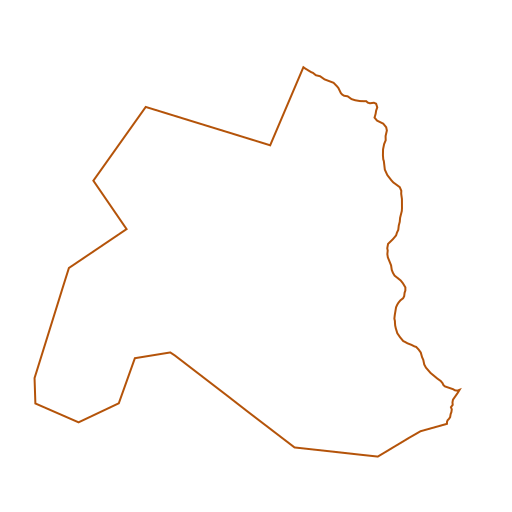 outline of Floriano, Piauí, Brazil, rotated 94°
{"feature_id": "56859067B20449899107931", "entity_name": "Floriano", "entity_type": "district", "adm_level": 2, "iso_a3": "BRA", "parent_name": "Brazil", "parent_adm1": "Piauí", "projection": "orthographic", "projection_center": [-43.121, -7.002], "detail": "fine", "context": "isolated", "style": "outline", "palette": "amber", "viewbox_px": 512, "rotation_deg": 94, "n_neighbors": 0, "source": "geoboundaries", "source_scale": "gbopen_adm2", "svg_char_len": 1917}
<svg xmlns="http://www.w3.org/2000/svg" viewBox="0 0 512 512"><g transform="rotate(94 256 256)"><path d="M93.9,156.8L94.1,160.4L94.2,163.1L93.7,168.0L92.8,171.7L90.3,175.7L90.0,179.3L89.0,181.2L87.6,182.7L82.7,185.5L81.1,187.0L77.8,190.7L75.0,200.0L72.2,204.6L71.5,208.9L69.3,212.0L68.8,213.7L65.6,219.9L64.4,221.9L144.6,249.6L144.1,251.6L115.0,376.4L192.2,423.5L238.2,387.0L251.1,403.5L281.0,441.8L303.1,447.1L305.7,447.7L386.1,466.7L393.2,468.4L418.5,465.8L434.3,421.4L412.5,382.6L366.4,369.7L358.2,334.8L360.9,330.0L399.0,272.5L400.5,270.3L411.5,253.9L444.3,204.2L446.9,139.1L447.6,120.5L426.8,90.8L419.3,79.6L410.1,53.8L408.1,53.9L406.5,53.4L405.1,52.2L403.2,51.1L400.1,50.8L398.1,50.2L395.3,50.0L393.2,51.0L390.8,49.4L388.4,49.8L385.6,49.5L378.1,45.0L375.3,43.6L376.3,45.7L376.1,48.2L375.1,50.2L372.9,58.5L371.6,60.1L369.9,61.0L367.8,63.0L365.6,66.6L360.6,73.6L355.5,78.7L352.5,80.6L347.9,81.9L345.3,83.3L340.8,84.9L337.9,87.3L335.5,89.9L335.1,91.7L333.8,94.7L332.5,98.9L331.3,101.4L330.6,103.2L326.8,106.8L325.0,108.2L323.3,109.6L321.5,110.3L318.4,111.5L315.7,112.3L313.1,112.7L311.2,112.9L308.8,113.6L306.4,113.5L304.7,113.4L301.6,113.1L297.4,112.7L294.7,111.7L292.6,110.6L290.1,108.8L287.9,106.3L285.8,105.4L282.3,105.2L280.0,104.6L276.9,104.8L272.9,107.6L270.3,110.0L265.9,116.4L263.3,118.2L260.4,119.6L255.9,120.6L248.1,124.4L245.0,125.1L241.4,125.0L239.1,125.6L234.7,125.1L229.8,120.7L225.7,117.7L222.8,117.0L220.0,115.9L215.6,115.7L211.9,115.0L207.8,114.9L201.0,113.7L198.3,113.7L189.0,114.4L183.8,115.5L180.8,115.6L177.3,117.4L173.0,124.2L171.0,126.3L169.4,127.7L166.3,130.5L164.9,131.3L160.9,133.5L157.2,134.2L152.4,135.1L150.7,135.8L146.7,136.4L140.8,136.7L135.4,136.0L131.5,134.7L127.3,135.1L121.7,134.2L118.5,135.1L115.1,138.3L112.5,144.7L109.7,147.4L105.9,146.6L102.6,146.3L99.3,145.4L95.7,146.8L94.9,149.1L95.7,153.0L95.2,155.2L93.9,156.8Z" fill="none" stroke="#b45309" stroke-width="2"/></g></svg>